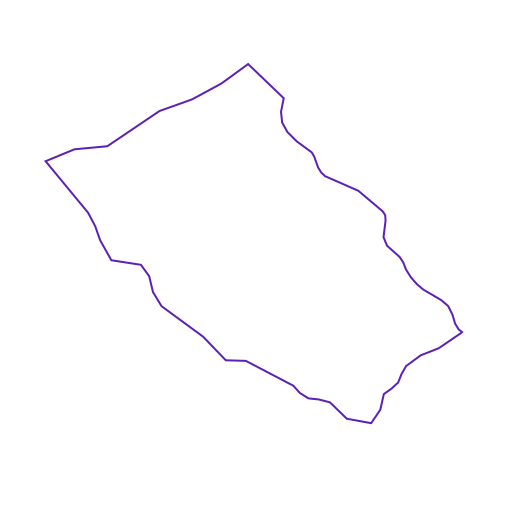 SVG path tracing the border of Rize, rotated 77°
{"feature_id": "TUR-2301", "entity_name": "Rize", "entity_type": "Province", "adm_level": 1, "iso_a3": "TUR", "parent_name": "Turkey", "parent_adm1": "", "projection": "albers", "projection_center": [40.921, 40.922], "detail": "fine", "context": "isolated", "style": "outline", "palette": "violet", "viewbox_px": 512, "rotation_deg": 77, "n_neighbors": 0, "source": "natural_earth", "source_scale": "10m", "svg_char_len": 908}
<svg xmlns="http://www.w3.org/2000/svg" viewBox="0 0 512 512"><g transform="rotate(77 256 256)"><path d="M67.2,220.5L108.5,193.5L121.2,199.2L131.9,200.5L142.3,197.5L153.6,190.4L167.5,178.4L172.4,176.9L183.7,175.6L189.3,173.7L193.8,170.7L215.5,141.6L241.0,122.5L245.2,120.9L250.7,121.8L266.3,127.5L275.5,126.0L289.2,116.3L295.2,114.0L302.8,112.9L311.3,110.0L319.4,105.7L326.2,100.7L340.6,85.5L348.0,80.0L357.2,77.8L366.7,77.2L373.2,75.0L376.5,72.3L377.3,73.8L387.0,98.8L389.8,117.8L397.0,134.5L403.8,140.8L411.3,146.0L415.7,153.8L419.3,162.5L433.8,169.5L444.8,181.4L435.0,204.1L415.2,216.9L409.9,227.1L406.5,237.0L399.3,244.1L390.8,248.8L355.9,289.5L350.8,308.9L322.7,325.7L283.7,359.3L268.0,364.5L251.8,364.6L238.7,370.1L227.6,397.9L205.7,404.3L190.7,406.0L176.0,409.9L116.3,439.7L111.2,408.9L115.6,376.2L93.0,317.4L89.0,283.0L80.1,250.8L67.2,220.5Z" fill="none" stroke="#5b21b6" stroke-width="2"/></g></svg>